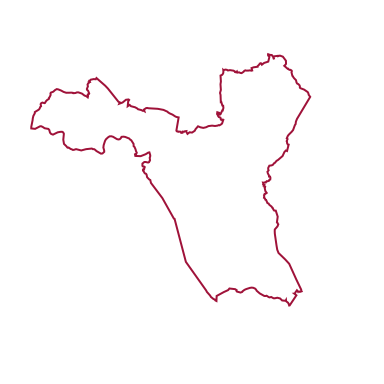 El Limón, Jalisco, Mexico (Mercator projection), rotated 255°
{"feature_id": "50627088B95926354203018", "entity_name": "El Limón", "entity_type": "district", "adm_level": 2, "iso_a3": "MEX", "parent_name": "Mexico", "parent_adm1": "Jalisco", "projection": "mercator", "projection_center": [-104.085, 19.851], "detail": "fine", "context": "isolated", "style": "outline", "palette": "rose", "viewbox_px": 384, "rotation_deg": 255, "n_neighbors": 0, "source": "geoboundaries", "source_scale": "gbopen_adm2", "svg_char_len": 6044}
<svg xmlns="http://www.w3.org/2000/svg" viewBox="0 0 384 384"><g transform="rotate(255 192 192)"><path d="M80.4,187.4L85.2,188.9L87.1,196.8L87.9,201.5L89.1,203.2L87.0,208.5L85.7,209.7L85.1,209.3L84.2,209.6L82.3,212.9L82.5,214.7L83.0,215.1L83.9,217.4L84.2,219.2L84.4,223.2L84.2,224.9L83.6,226.4L82.4,227.9L81.2,228.6L79.9,228.9L76.5,231.2L72.9,234.9L72.5,236.1L72.5,237.2L70.6,238.9L70.1,239.7L70.1,241.3L68.3,243.2L67.9,244.4L67.8,247.0L66.4,249.5L63.9,251.0L63.0,253.4L62.9,254.4L63.3,254.8L62.2,254.6L60.2,256.1L59.1,256.4L57.2,256.5L57.2,257.0L65.2,266.1L67.4,264.5L67.3,265.1L67.9,265.7L68.2,265.8L69.9,267.9L68.1,268.6L68.4,269.0L68.2,269.7L67.6,270.3L67.7,272.2L68.6,272.0L69.4,272.2L80.6,270.1L97.5,267.3L102.7,264.6L110.7,259.8L114.2,259.4L118.5,259.8L130.2,261.2L132.9,261.8L134.4,262.3L136.7,265.7L138.5,267.0L139.6,266.5L140.2,266.6L140.8,266.2L146.0,268.4L152.3,268.1L152.8,266.6L153.9,266.1L155.8,265.8L155.9,265.5L157.3,265.1L159.6,263.4L161.0,263.0L161.8,262.0L165.2,261.5L165.5,260.9L167.1,260.7L167.8,260.0L169.5,260.8L170.3,260.7L170.8,261.4L171.4,261.7L171.2,262.3L171.8,263.9L173.9,263.1L177.5,263.3L177.5,263.7L178.1,264.0L178.5,263.4L178.9,263.6L179.4,262.9L180.2,263.6L180.4,263.0L180.8,262.7L181.1,263.0L182.7,263.0L182.4,263.7L182.5,265.6L182.2,265.8L183.1,266.9L182.8,267.6L182.9,268.9L183.0,269.4L183.7,269.8L183.8,270.8L185.3,271.4L186.7,271.4L187.0,270.4L188.2,270.6L190.3,270.1L192.0,270.1L193.1,271.6L194.4,271.5L195.6,271.9L197.4,273.5L197.1,275.9L197.4,277.3L198.5,278.6L198.7,279.6L200.2,281.7L200.7,283.4L203.3,288.8L206.7,291.6L207.8,293.4L207.0,294.4L212.7,297.6L213.1,296.8L214.7,296.5L215.8,296.8L216.6,296.6L218.4,298.0L219.1,297.9L219.4,297.5L221.3,299.0L222.2,300.1L224.4,303.9L225.7,305.7L230.0,308.7L230.7,309.6L233.1,310.6L235.4,312.3L253.3,330.8L255.6,329.9L257.5,329.9L258.6,329.6L261.9,326.8L264.3,323.5L264.9,323.2L265.9,323.5L267.1,323.5L268.6,322.7L269.6,321.6L270.7,321.3L273.1,321.4L275.4,320.1L276.9,319.5L277.5,319.5L278.2,319.0L281.9,319.1L282.8,319.7L283.4,319.7L284.5,318.8L284.6,318.1L285.4,317.1L286.2,316.8L286.2,316.3L290.0,313.8L290.9,315.4L291.5,316.0L294.5,316.7L299.2,314.8L301.0,312.2L300.9,310.2L301.3,310.2L301.9,305.7L299.8,305.7L299.8,305.4L301.0,305.3L301.9,305.5L302.9,304.7L303.7,304.5L304.2,302.9L305.4,301.2L304.8,300.9L304.0,300.9L302.6,301.8L298.2,299.4L298.0,295.1L296.9,292.5L298.1,292.3L298.6,291.8L298.5,290.8L298.2,290.8L296.6,288.0L296.0,287.8L296.5,283.8L296.3,281.6L293.8,281.6L293.8,280.8L294.5,279.4L294.7,277.8L295.3,275.5L295.7,275.0L295.5,273.9L294.8,273.0L294.0,270.7L294.5,269.5L295.4,268.5L295.6,266.7L296.7,266.6L296.2,265.9L296.3,265.4L296.8,265.3L296.9,264.5L297.5,264.4L298.4,263.6L299.9,260.2L300.1,258.1L301.0,257.3L301.6,255.9L301.5,254.0L301.8,253.8L299.8,253.4L298.4,252.7L297.4,251.5L297.1,249.7L291.2,248.5L288.7,247.4L283.1,246.3L280.4,244.7L278.4,244.7L271.4,243.1L271.4,243.6L267.6,243.7L267.1,244.1L267.1,244.4L265.1,244.1L262.8,242.8L263.0,242.4L259.8,239.7L259.5,238.9L259.7,238.7L260.7,239.0L261.4,238.8L262.5,237.1L260.9,236.4L260.3,237.0L259.2,236.7L257.5,237.3L256.5,238.7L254.3,238.8L253.8,241.3L253.9,239.4L253.5,239.7L253.3,240.7L250.4,238.8L249.9,237.9L249.3,235.8L249.7,235.0L249.5,233.9L249.8,231.3L250.9,228.6L251.4,225.0L250.9,222.3L251.0,219.5L252.3,216.9L253.9,214.8L251.7,211.6L250.5,210.6L250.0,209.3L249.4,207.4L250.3,205.1L249.3,202.7L252.0,202.0L252.3,202.2L252.5,200.7L252.2,200.0L252.7,198.8L251.7,198.2L251.9,196.9L253.1,196.7L253.5,195.8L253.7,194.3L254.1,194.2L254.6,193.0L255.3,192.8L256.0,193.1L267.5,198.4L268.5,196.4L269.3,195.4L271.8,193.2L273.7,190.8L275.1,189.5L275.9,189.1L278.7,185.7L281.2,180.5L284.1,171.8L284.8,170.4L284.9,169.4L284.1,167.0L282.3,167.0L283.3,166.0L283.2,165.4L284.3,164.2L285.9,161.3L287.0,160.6L288.6,158.9L290.7,155.2L292.3,154.3L291.5,152.1L296.0,153.8L297.2,155.1L297.8,154.7L298.2,152.1L296.4,148.1L296.1,144.6L297.2,145.5L298.2,144.3L313.8,137.5L317.1,135.7L326.8,129.2L325.8,128.2L326.5,126.3L326.7,123.3L326.1,122.4L326.1,121.7L324.7,121.9L324.9,120.6L323.8,120.3L323.5,119.5L322.8,118.9L321.0,118.8L318.7,117.1L317.8,117.1L316.9,117.8L313.7,118.2L313.4,117.9L313.4,117.1L313.1,116.5L311.7,116.5L310.4,115.8L311.9,114.7L313.0,113.1L315.5,111.2L317.0,109.0L317.7,107.9L318.0,106.6L317.8,105.1L318.1,103.2L318.4,103.0L318.4,102.5L319.0,101.9L320.4,96.2L321.9,93.9L323.9,91.8L325.7,89.4L326.4,88.0L325.9,86.1L324.8,84.0L324.5,81.3L323.6,80.7L322.4,80.6L320.8,79.3L319.8,78.1L319.3,78.1L318.8,77.6L318.5,76.2L317.6,74.6L316.0,72.9L316.0,72.5L317.1,70.6L316.8,69.3L316.0,68.5L313.9,68.4L313.3,67.3L312.0,66.4L311.2,65.3L309.9,60.9L308.7,60.5L306.6,58.5L304.4,57.3L302.6,56.6L296.5,53.6L295.0,53.2L293.6,56.8L294.8,62.3L294.5,63.4L293.5,64.6L291.7,66.2L290.1,69.6L288.8,70.2L286.1,70.2L284.5,71.0L283.4,72.6L284.4,77.7L284.2,80.3L283.8,82.1L282.9,83.0L281.4,83.3L275.8,81.2L271.6,80.8L268.9,82.4L267.1,83.2L266.8,83.7L266.9,84.3L264.9,86.0L264.4,86.9L263.6,87.6L263.3,88.8L263.4,91.1L260.8,95.8L260.8,100.7L259.9,106.5L259.0,107.4L258.8,108.4L257.9,109.3L256.3,110.3L252.6,114.0L252.4,115.5L253.5,117.6L254.7,117.9L258.0,117.9L258.6,118.2L260.1,118.8L263.7,121.1L265.1,122.4L266.5,125.0L267.1,126.8L266.7,128.5L265.8,130.0L262.5,133.2L261.8,134.5L261.7,135.8L262.3,137.0L263.5,138.2L263.2,140.1L262.5,141.7L259.9,145.2L258.8,145.7L257.7,146.7L253.6,148.0L251.3,147.5L250.5,148.1L247.9,148.5L245.8,148.5L244.2,148.8L242.9,147.7L243.3,147.1L243.2,146.7L241.5,146.6L239.9,151.7L240.5,157.0L241.4,160.0L241.3,161.1L238.3,161.2L236.9,160.7L236.0,160.0L233.6,159.7L233.0,159.3L232.8,158.8L232.0,158.3L231.8,157.5L232.0,156.8L233.0,155.0L233.3,153.7L232.3,151.5L230.3,150.9L229.6,151.0L228.9,152.4L228.3,152.8L226.9,151.6L226.6,151.8L226.2,151.5L226.5,150.7L226.2,150.4L225.3,150.2L224.4,150.7L222.9,151.0L222.0,151.5L221.5,152.3L220.7,152.6L217.8,152.5L215.1,154.0L214.4,154.8L211.4,154.7L193.8,161.8L171.0,167.6L170.6,168.2L126.1,168.0L93.2,180.2L91.7,180.5L87.3,182.7L85.8,183.1L83.0,185.1L82.3,186.1L81.2,186.5L80.4,187.4Z" fill="none" stroke="#9f1239" stroke-width="2"/></g></svg>